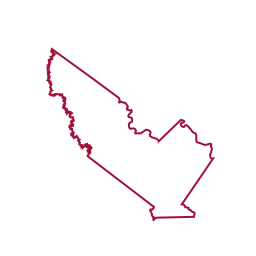 Puerto Asís, Putumayo, Colombia (Albers equal-area conic projection), rotated 226°
{"feature_id": "7082276B42533804398270", "entity_name": "Puerto Asís", "entity_type": "district", "adm_level": 2, "iso_a3": "COL", "parent_name": "Colombia", "parent_adm1": "Putumayo", "projection": "albers", "projection_center": [-76.112, 0.44], "detail": "fine", "context": "isolated", "style": "outline", "palette": "rose", "viewbox_px": 256, "rotation_deg": 226, "n_neighbors": 0, "source": "geoboundaries", "source_scale": "gbopen_adm2", "svg_char_len": 5798}
<svg xmlns="http://www.w3.org/2000/svg" viewBox="0 0 256 256"><g transform="rotate(226 128 128)"><path d="M44.1,82.5L43.9,86.0L18.3,113.7L18.8,114.2L20.4,116.8L21.0,116.9L22.0,116.8L22.8,115.9L23.7,116.0L24.8,115.7L25.6,116.0L26.0,115.5L26.8,115.6L27.6,115.1L28.6,116.0L30.6,114.8L31.3,114.1L32.8,114.9L34.5,114.7L35.7,113.6L46.9,168.0L47.4,167.2L48.4,166.8L49.5,166.9L50.4,167.4L51.8,168.5L52.8,170.9L54.6,173.7L55.3,174.3L57.2,174.8L58.4,176.6L59.4,176.4L60.0,175.9L60.6,174.1L62.7,171.3L67.0,169.4L68.9,168.2L70.1,167.8L71.8,168.6L75.2,172.0L77.1,172.8L78.9,172.0L80.5,171.7L83.1,172.2L86.9,172.3L89.3,172.1L89.8,171.8L90.1,171.0L89.9,168.9L90.0,168.6L92.2,167.8L93.8,168.4L94.6,169.5L94.5,170.2L93.4,171.8L93.6,172.9L94.0,173.2L94.7,173.1L97.1,171.6L97.1,141.0L97.4,141.3L98.1,141.3L100.6,141.0L104.8,138.7L106.9,138.3L107.9,139.0L108.5,139.9L108.7,140.7L109.3,141.3L110.7,141.6L112.3,141.1L113.7,140.3L114.3,139.6L114.7,136.3L115.3,133.5L119.1,129.5L119.6,129.8L120.4,131.7L121.5,132.2L122.5,132.3L123.6,132.0L125.9,129.1L127.5,129.2L130.4,131.5L130.4,133.5L129.8,134.5L129.9,135.5L131.2,136.9L132.1,137.4L132.9,137.6L135.5,136.1L136.6,136.8L137.1,138.5L137.0,141.7L137.9,142.7L138.7,142.8L139.0,141.7L141.8,140.2L142.7,140.6L143.0,141.2L142.9,141.9L143.5,142.8L145.0,143.0L146.7,143.5L148.4,143.4L148.7,142.9L150.1,141.9L151.5,141.5L152.1,139.8L152.6,139.4L154.0,141.5L156.0,142.3L187.7,137.0L237.7,128.1L237.2,127.3L236.6,127.4L236.3,127.1L236.1,126.5L236.4,126.0L236.2,125.8L235.8,125.7L234.7,126.6L233.9,126.8L233.0,126.5L233.1,125.9L232.6,126.2L232.9,125.6L232.7,125.3L232.1,125.4L232.2,125.1L232.7,125.0L232.5,124.8L231.9,124.7L232.0,124.4L232.5,124.3L231.8,123.2L232.9,121.9L232.5,121.8L231.7,122.2L230.7,121.2L230.2,121.4L230.1,121.0L230.3,120.7L231.2,120.6L231.2,120.3L230.8,119.8L230.9,118.8L231.3,118.5L231.9,118.7L232.0,118.3L231.4,117.6L230.5,118.1L229.4,117.7L230.0,116.9L229.7,116.7L229.2,117.0L229.3,115.8L228.7,115.0L227.9,115.4L227.8,115.1L228.3,114.4L227.6,114.6L227.5,114.3L227.7,113.8L226.7,113.4L227.5,112.6L227.2,112.5L226.7,112.7L226.3,112.4L226.8,112.1L226.7,111.3L226.4,111.2L226.1,111.7L225.5,110.6L225.0,110.4L224.1,109.3L223.9,109.4L224.1,110.2L223.9,110.8L223.2,110.3L222.7,110.3L223.0,109.8L222.3,109.4L222.0,108.9L222.6,109.0L222.8,108.4L222.2,107.6L221.9,107.9L221.4,107.3L220.4,107.4L220.0,106.2L219.5,106.9L219.3,106.2L218.8,106.3L218.9,105.7L218.3,105.5L218.7,104.9L218.0,104.2L218.2,103.3L216.4,103.8L215.6,104.4L215.4,104.1L215.9,104.1L215.9,103.3L215.2,103.2L214.4,102.5L213.5,103.1L213.7,103.5L214.4,103.5L214.3,103.9L213.1,103.2L212.5,103.1L211.6,100.3L209.8,100.2L209.9,99.7L209.2,99.1L208.3,99.1L208.6,98.3L208.5,98.1L207.9,98.7L208.0,98.1L207.5,97.1L207.0,95.1L206.8,95.2L207.1,95.7L206.9,95.9L206.2,95.1L205.2,95.2L205.2,95.7L204.6,95.9L204.4,96.9L203.1,96.6L203.0,97.0L202.6,97.3L202.6,98.0L202.6,98.3L203.2,98.3L203.2,99.0L202.9,99.1L203.0,98.7L202.2,98.6L202.4,99.8L201.9,100.4L201.4,100.5L201.1,101.1L200.3,101.6L198.7,101.7L198.7,102.0L199.2,102.3L199.0,103.1L198.6,103.2L198.2,102.8L197.8,103.9L196.6,102.9L195.5,102.8L195.3,102.2L194.9,102.6L194.0,102.7L194.2,103.1L194.9,103.0L194.9,103.3L193.2,103.8L192.5,103.1L193.3,103.1L193.3,101.9L193.0,101.9L192.8,102.4L192.3,102.2L192.9,101.6L192.7,100.8L192.1,100.1L191.7,100.4L190.8,100.4L190.9,100.9L189.2,99.8L189.5,99.1L189.6,98.1L189.1,97.9L189.4,98.2L189.0,98.7L188.5,98.4L188.5,97.3L187.5,96.9L187.6,96.6L188.3,96.1L187.8,95.6L187.3,96.1L187.3,96.8L186.8,96.8L186.5,95.8L185.7,96.3L184.9,95.7L183.8,95.4L183.7,96.3L184.2,96.8L184.2,97.2L183.9,97.2L183.3,96.6L183.2,95.8L182.5,96.1L182.5,95.5L182.1,94.9L182.1,94.3L181.4,94.3L180.6,93.9L180.7,95.9L180.2,97.4L179.1,97.9L178.3,97.6L178.0,98.1L177.6,98.1L177.8,96.8L178.9,96.2L177.6,95.7L177.5,94.4L176.9,94.1L176.3,94.7L175.7,94.1L175.4,94.4L174.8,94.4L174.1,95.5L173.9,95.0L173.0,95.2L171.2,94.2L171.3,93.9L171.8,94.2L172.0,94.1L172.0,93.7L171.4,93.4L171.7,93.2L171.8,92.4L172.3,92.2L172.3,91.6L172.0,91.5L171.9,91.9L171.1,92.0L171.1,91.8L171.5,91.6L170.9,90.9L171.1,90.6L170.0,90.4L170.6,90.9L170.3,91.2L169.6,90.8L168.9,90.9L168.3,90.7L167.7,89.7L167.9,89.5L168.3,90.0L168.5,89.7L168.8,89.8L169.2,89.6L169.7,89.0L169.4,88.9L169.1,88.3L169.6,88.6L170.1,88.2L170.1,87.6L169.6,87.7L169.1,87.2L169.2,86.5L168.7,86.6L167.5,85.9L167.4,86.3L167.6,86.5L166.1,87.1L165.8,86.8L166.7,86.6L166.3,86.2L165.6,86.2L165.3,86.6L164.2,85.8L163.5,85.6L162.5,85.8L162.1,85.5L162.0,85.2L162.5,85.2L162.1,84.9L162.4,84.7L162.5,83.8L162.8,84.3L163.2,84.4L163.7,82.3L163.3,83.2L162.3,82.4L162.1,82.7L162.6,82.7L162.6,83.0L161.8,83.4L160.6,83.2L160.4,82.9L161.3,82.7L160.3,82.2L158.8,83.7L158.7,83.4L159.0,82.8L158.6,82.8L158.3,82.3L157.8,83.1L158.0,83.7L157.1,85.1L157.6,85.6L157.3,85.7L156.5,85.1L155.6,85.1L155.2,84.6L154.4,84.8L154.1,84.6L153.3,85.0L153.3,84.8L153.7,84.6L153.3,83.8L153.4,83.3L151.6,83.4L151.2,82.7L150.9,82.9L150.4,81.8L149.5,82.2L149.0,82.2L148.6,81.7L147.9,82.8L147.6,82.4L147.1,82.5L147.4,81.7L147.3,81.1L147.2,81.6L146.8,81.4L146.8,81.8L146.3,82.0L146.2,81.5L145.8,82.0L145.2,81.5L145.3,83.6L144.7,84.7L146.0,84.9L145.9,85.9L145.7,86.1L145.5,85.9L145.3,86.2L143.1,85.0L142.5,85.2L145.0,86.9L145.0,87.6L144.4,87.5L143.4,86.7L141.6,86.2L141.4,86.5L142.9,87.6L142.3,87.9L142.2,88.3L141.8,88.2L141.2,87.2L140.8,87.0L140.6,87.0L140.4,88.1L139.3,88.2L138.8,87.5L138.7,86.6L139.5,86.1L140.7,85.9L140.0,85.0L140.0,83.2L139.7,83.1L139.3,83.8L138.8,83.8L138.5,83.6L138.4,82.6L137.8,82.5L138.5,84.3L138.2,84.9L137.6,84.8L137.4,84.5L138.0,84.7L137.9,84.3L136.5,83.7L136.5,81.8L136.1,80.6L136.3,80.1L135.8,79.9L135.6,79.4L54.6,91.6L53.8,92.0L52.6,91.2L52.8,89.8L52.3,89.1L52.7,88.3L53.7,87.8L53.8,87.3L53.6,86.8L49.3,85.4L48.5,84.4L46.9,84.3L46.4,84.7L46.0,84.6L45.7,84.4L45.5,83.3L44.1,82.5Z" fill="none" stroke="#9f1239" stroke-width="2"/></g></svg>